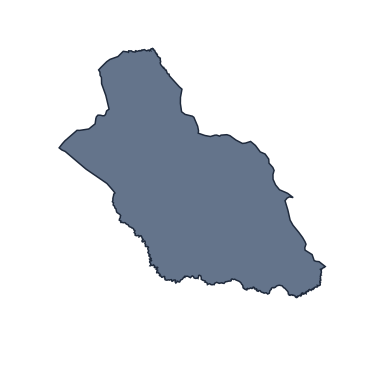 Uvira, Sud-Kivu, Democratic Republic of the Congo (Albers equal-area conic projection), rotated 139°
{"feature_id": "63176286B42701779698156", "entity_name": "Uvira", "entity_type": "district", "adm_level": 2, "iso_a3": "COD", "parent_name": "Democratic Republic of the Congo", "parent_adm1": "Sud-Kivu", "projection": "albers", "projection_center": [29.091, -3.199], "detail": "fine", "context": "isolated", "style": "filled", "palette": "slate", "viewbox_px": 384, "rotation_deg": 139, "n_neighbors": 0, "source": "geoboundaries", "source_scale": "gbopen_adm2", "svg_char_len": 6005}
<svg xmlns="http://www.w3.org/2000/svg" viewBox="0 0 384 384"><g transform="rotate(139 192 192)"><path d="M263.3,312.5L262.7,309.2L261.1,305.8L257.0,278.9L250.6,254.2L250.6,245.1L250.8,241.8L252.6,241.7L253.1,241.1L255.8,239.2L257.2,237.6L258.5,236.9L258.3,235.4L259.6,234.4L260.1,233.7L259.8,232.3L260.7,230.3L260.4,229.3L262.0,226.4L261.9,225.1L261.2,222.5L261.3,221.0L262.5,220.3L262.9,219.7L264.5,219.2L265.4,218.4L264.7,216.8L265.5,216.2L265.6,215.6L264.9,215.2L264.0,213.8L263.2,213.4L262.5,212.2L262.7,211.5L262.2,209.9L261.7,209.4L262.1,207.1L261.1,205.3L261.0,204.3L260.5,203.8L260.3,202.5L260.8,201.6L260.4,200.4L261.0,199.8L262.3,199.3L262.1,197.7L263.2,196.9L262.9,195.8L262.3,195.2L260.9,194.3L260.8,193.4L261.4,192.9L260.9,192.7L259.8,192.9L259.3,192.6L259.1,192.0L260.0,189.5L259.9,188.3L261.3,188.3L262.2,187.4L262.1,186.8L261.7,186.4L260.2,186.4L259.8,185.9L260.2,184.8L261.5,183.9L261.5,182.7L262.7,181.9L262.6,181.0L261.4,180.1L261.1,179.0L261.3,178.7L262.0,178.7L262.7,178.1L263.4,175.9L264.9,175.4L265.2,173.4L264.9,172.2L265.4,171.9L266.1,172.3L266.5,171.9L266.2,171.0L266.6,169.7L266.4,168.6L267.0,168.4L267.4,168.4L268.1,169.2L268.3,168.9L268.3,168.5L267.4,167.5L267.5,166.8L267.8,166.7L268.7,167.4L269.7,167.2L270.0,166.8L270.0,165.7L270.4,164.6L271.2,164.1L272.1,163.9L271.9,163.6L270.6,163.4L270.3,162.7L269.8,162.4L268.8,162.2L269.0,161.6L268.7,160.8L268.9,160.4L269.8,160.1L269.8,159.5L267.4,157.8L267.4,157.5L267.9,157.3L269.7,157.4L269.2,155.6L270.1,155.5L271.6,154.3L271.5,153.9L270.6,153.8L270.1,153.3L270.5,152.0L270.1,150.8L270.4,150.4L271.3,150.3L271.2,149.7L270.6,148.7L270.8,147.6L270.5,147.2L269.2,147.0L268.2,146.3L268.2,145.9L269.1,145.2L269.1,144.2L269.8,143.7L269.8,143.2L268.9,142.0L267.2,141.0L266.6,140.1L266.1,140.1L265.0,139.3L265.1,138.8L265.7,138.1L265.3,137.5L263.3,137.4L262.4,136.6L262.4,136.0L263.0,135.9L263.7,135.3L263.9,133.9L261.4,134.1L261.0,132.8L260.4,132.2L258.2,133.0L256.6,132.5L254.3,133.0L253.4,132.2L253.2,132.4L253.5,132.9L252.9,133.2L250.5,131.2L249.4,128.4L247.2,128.6L246.7,128.4L246.4,127.1L246.8,125.7L245.8,124.2L244.4,123.6L244.2,122.8L242.2,124.1L241.8,124.6L241.1,124.4L240.4,123.1L241.1,121.4L242.3,120.0L241.7,118.2L240.4,116.1L240.6,115.7L241.3,115.5L240.4,114.1L240.4,113.2L241.1,112.0L240.1,111.8L238.8,111.2L238.4,109.5L237.2,108.4L236.6,108.2L236.0,107.5L234.8,108.2L232.6,107.6L231.4,105.2L230.4,104.8L229.8,104.2L229.0,104.0L228.6,102.9L227.8,102.0L225.6,102.3L224.5,101.5L222.8,100.7L221.2,99.4L220.5,99.4L219.8,100.3L218.8,100.1L218.2,98.8L216.9,98.1L216.6,96.8L215.1,93.9L214.6,91.7L215.0,89.8L214.9,88.8L215.2,87.8L216.3,86.2L216.1,84.9L215.7,84.7L215.9,83.9L214.9,82.1L214.6,82.1L214.2,82.9L213.3,82.8L213.1,82.2L212.5,81.6L210.5,81.0L210.1,79.8L209.2,79.7L208.6,80.1L207.9,79.8L207.6,78.8L207.8,78.4L208.3,78.2L208.3,77.8L208.0,77.2L206.9,76.6L207.0,75.8L207.9,75.4L207.9,75.0L207.2,73.6L206.6,73.5L206.2,73.8L205.3,72.9L205.4,71.4L204.8,70.0L204.0,69.1L204.1,68.6L203.7,68.2L202.1,67.3L201.8,65.3L200.1,64.9L197.8,66.5L196.1,66.5L195.7,67.1L194.1,67.2L193.1,66.0L192.7,66.1L192.5,65.7L191.4,65.4L190.1,65.6L188.5,65.1L187.1,64.2L185.5,62.0L185.6,59.7L185.1,58.5L185.0,54.0L185.6,52.5L186.2,52.0L186.0,50.6L186.3,50.3L185.7,49.6L185.1,49.7L184.7,49.4L184.1,49.0L184.1,48.3L183.4,48.1L183.4,47.6L182.4,46.4L182.8,44.9L182.6,44.2L182.0,44.6L181.8,44.4L182.1,43.9L181.8,43.5L181.0,43.5L180.2,44.0L179.8,43.5L178.1,43.2L178.1,42.3L177.5,42.6L177.3,42.2L176.0,42.9L176.4,43.2L176.0,43.6L175.2,43.5L174.6,43.2L174.8,42.3L174.6,42.1L174.9,41.8L174.6,41.6L174.2,42.0L173.8,41.6L173.0,41.6L173.2,41.3L172.8,41.1L172.6,40.4L171.1,41.9L170.4,41.4L170.0,41.4L170.1,41.0L169.5,40.7L168.9,40.8L168.7,41.3L168.3,41.3L168.1,41.5L167.4,41.4L167.4,40.9L166.9,40.7L166.6,39.6L165.5,40.0L164.8,39.1L164.5,39.1L164.2,39.5L163.9,39.2L163.6,39.6L163.0,39.2L162.5,39.6L161.0,39.2L160.1,38.3L159.6,38.1L159.2,38.2L158.7,39.3L157.6,38.0L156.3,37.7L155.7,38.2L155.1,39.4L154.5,39.4L154.5,40.3L154.0,40.9L153.0,40.6L152.7,41.0L152.4,41.8L152.1,41.7L151.9,42.0L152.1,42.4L150.8,43.4L150.6,44.1L149.6,44.7L148.9,44.5L148.8,45.6L147.4,46.1L146.4,47.3L146.3,47.8L145.8,48.1L145.8,48.9L145.2,48.8L145.4,49.3L143.5,48.7L142.0,48.7L141.7,48.3L140.3,48.3L141.8,56.1L143.9,58.3L144.8,60.1L142.4,66.0L144.8,73.9L143.5,75.9L140.2,77.8L139.3,80.5L138.4,85.2L137.9,91.3L137.6,100.7L136.4,106.4L131.5,115.5L127.5,124.4L124.2,125.0L121.7,124.4L119.3,121.4L120.7,128.3L124.5,136.3L124.3,142.5L122.5,148.4L119.4,152.1L115.9,154.4L114.9,157.5L115.0,163.2L112.5,166.5L111.9,172.7L114.2,177.5L113.6,185.5L114.6,191.7L119.7,193.9L122.1,195.6L124.8,202.5L126.4,209.6L128.1,212.4L132.8,215.9L134.5,216.0L136.0,218.7L137.3,219.8L141.7,221.8L145.2,226.2L148.7,232.3L146.9,233.9L144.6,237.9L141.6,247.1L142.0,249.0L146.3,255.1L147.2,259.4L142.7,266.4L138.6,271.0L132.1,276.2L132.6,279.9L132.9,294.4L132.0,296.0L132.7,296.9L132.7,298.2L131.5,300.9L132.1,301.3L131.8,302.7L132.0,303.6L132.3,304.0L132.2,304.4L131.7,304.3L131.6,304.6L132.2,305.5L132.0,308.8L131.3,310.4L130.7,310.5L129.8,311.3L129.7,312.0L128.1,313.8L128.6,314.6L128.5,315.6L128.9,316.9L128.7,317.6L128.1,318.3L128.4,318.9L128.1,319.1L128.3,319.3L127.8,320.1L128.2,320.8L127.3,323.4L127.7,323.9L127.3,325.3L127.5,326.1L128.0,325.9L128.5,326.7L129.2,326.9L130.3,326.5L130.4,326.2L130.5,326.5L131.4,326.5L131.1,327.0L131.2,327.4L131.7,327.3L132.4,328.0L133.3,328.1L133.8,328.6L134.5,330.7L135.9,331.4L136.4,331.9L136.8,331.7L137.0,332.1L138.0,332.0L138.5,332.9L139.1,332.9L139.6,333.6L140.7,333.8L141.3,334.4L141.7,335.5L142.1,335.6L142.6,334.8L143.3,335.1L145.0,337.1L145.0,338.1L147.2,340.1L148.3,339.1L148.6,339.8L151.6,343.3L159.0,342.8L166.9,345.9L170.8,346.3L178.7,345.8L182.4,345.4L182.8,342.9L184.8,340.4L185.2,337.9L189.2,333.0L193.7,321.4L200.2,309.0L203.3,309.2L206.3,307.3L208.0,307.1L209.3,308.0L210.7,310.0L212.5,311.7L214.7,311.5L216.4,310.5L220.4,307.0L228.6,307.3L236.5,312.3L238.3,314.0L254.4,314.0L258.2,313.5L263.3,312.5Z" fill="#64748b" stroke="#1e293b" stroke-width="1.5"/></g></svg>